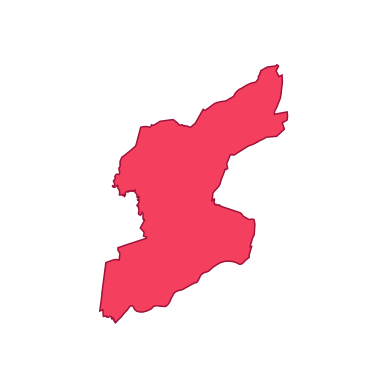 the district of Zaņas pag., Saldus, Latvia, rotated 293°
{"feature_id": "27541924B45294265092973", "entity_name": "Zaņas pag.", "entity_type": "district", "adm_level": 2, "iso_a3": "LVA", "parent_name": "Latvia", "parent_adm1": "Saldus", "projection": "natural_earth1", "projection_center": [22.206, 56.482], "detail": "fine", "context": "isolated", "style": "filled", "palette": "rose", "viewbox_px": 384, "rotation_deg": 293, "n_neighbors": 0, "source": "geoboundaries", "source_scale": "gbopen_adm2", "svg_char_len": 5872}
<svg xmlns="http://www.w3.org/2000/svg" viewBox="0 0 384 384"><g transform="rotate(293 192 192)"><path d="M231.6,119.5L214.2,122.0L212.1,122.1L208.1,120.1L207.9,120.0L203.7,117.9L203.5,117.7L200.4,116.2L198.2,114.9L196.8,113.9L193.0,113.8L192.6,114.0L192.4,113.8L191.9,113.9L191.2,114.2L190.9,114.3L191.0,114.5L190.8,114.6L190.5,114.5L189.7,114.7L189.3,115.0L189.2,115.2L188.9,115.4L188.6,115.3L188.4,115.6L188.2,115.6L187.9,115.8L187.4,115.8L185.9,115.4L185.3,115.4L185.0,115.6L184.8,115.8L184.1,116.0L181.9,117.8L180.1,118.1L179.8,118.1L179.6,117.9L179.3,116.7L179.2,116.2L179.0,115.7L178.3,115.2L177.2,115.1L176.8,115.0L176.5,115.0L176.1,114.9L175.8,115.2L175.5,115.5L174.4,116.1L174.0,116.1L173.1,115.9L172.0,115.5L171.8,115.3L171.6,115.3L171.1,115.8L170.2,116.5L169.8,117.1L169.0,118.0L167.7,117.8L166.9,117.4L166.8,117.0L166.8,116.4L166.5,116.4L166.3,116.5L166.1,117.0L165.8,117.3L165.7,117.6L165.7,118.1L166.1,119.0L166.6,119.4L168.9,120.6L169.0,120.8L168.6,121.2L166.7,122.2L166.2,123.0L164.8,124.7L163.8,125.4L162.4,125.9L161.1,126.2L160.9,126.4L160.9,126.6L161.0,126.8L161.5,127.3L161.4,127.6L161.9,128.0L161.9,128.4L162.2,128.9L161.8,129.6L162.6,129.9L162.8,130.1L163.0,130.9L163.0,131.0L162.7,131.1L161.7,131.1L161.4,131.5L161.8,131.7L163.3,131.9L163.8,131.8L164.3,131.2L164.8,131.0L165.6,131.1L166.5,131.4L166.8,131.8L166.8,132.5L167.8,132.6L167.9,132.9L167.3,133.4L167.3,133.5L167.6,133.7L168.1,133.6L168.5,133.7L168.6,133.9L168.4,134.4L168.4,134.6L168.7,134.9L169.5,135.3L169.8,135.6L169.7,135.8L169.1,136.2L169.1,136.4L169.1,136.5L169.5,136.9L169.8,137.3L169.7,137.6L169.9,138.0L170.1,138.2L170.4,138.3L171.5,138.6L171.7,138.9L171.4,139.1L169.9,139.4L169.4,139.8L169.1,140.5L168.2,142.3L168.0,142.5L167.0,142.8L166.8,143.3L166.6,143.5L166.4,143.5L166.1,143.3L165.8,143.3L165.7,143.4L166.0,143.9L166.8,144.3L167.0,144.6L166.5,145.0L166.7,145.3L166.6,145.5L166.1,145.5L165.6,145.3L164.7,145.5L164.4,145.3L164.4,144.9L164.1,144.7L163.6,144.9L163.2,145.2L163.2,145.8L163.7,146.2L163.8,146.4L163.3,146.7L161.1,147.2L159.9,147.0L158.3,146.5L158.0,146.6L157.9,146.8L157.9,147.0L158.4,147.5L158.5,147.7L158.4,147.8L158.2,147.8L157.7,147.4L157.3,147.9L157.4,148.3L156.9,148.8L153.6,150.7L152.1,150.8L150.8,151.4L150.4,153.5L152.2,154.2L153.8,154.1L152.4,155.9L150.1,156.4L148.8,157.5L148.2,157.3L147.5,158.1L148.0,158.8L147.4,159.3L138.6,158.5L136.2,163.7L132.5,164.6L132.4,164.9L132.6,166.6L132.9,167.6L131.6,168.1L125.5,161.1L122.1,157.3L119.4,154.1L114.8,148.9L114.6,148.8L113.1,147.2L111.9,145.6L109.9,146.3L107.0,149.8L101.0,151.5L100.2,148.4L99.6,147.4L98.2,145.5L93.4,140.3L63.7,148.6L63.8,148.8L46.4,153.6L48.8,155.9L42.8,159.0L44.2,161.4L43.5,162.7L44.0,163.9L45.5,164.9L45.4,166.7L45.3,166.8L45.1,166.8L44.7,166.9L44.7,167.0L44.3,167.3L44.8,167.4L44.8,167.5L45.0,167.9L44.9,168.1L45.2,168.3L44.7,168.5L44.9,168.6L44.8,168.8L45.1,168.8L44.9,169.1L44.7,169.1L44.5,169.3L44.5,169.5L43.9,169.7L44.0,169.9L43.7,170.2L43.7,170.3L43.4,170.3L42.9,170.5L42.9,170.8L43.1,171.0L42.9,171.5L42.2,171.7L42.3,172.1L41.9,172.2L41.7,172.7L43.4,173.2L49.4,175.7L50.7,176.0L53.2,176.7L58.5,178.6L62.0,179.3L62.9,179.9L63.5,180.7L63.9,182.1L63.2,183.2L61.8,184.6L61.4,185.3L61.2,185.7L60.7,187.8L61.0,189.9L61.6,192.2L62.6,194.0L64.6,196.6L66.5,198.5L68.7,200.2L71.4,201.2L72.1,201.7L73.3,203.6L73.9,204.8L74.1,206.3L75.7,211.1L76.2,212.1L77.0,213.0L79.2,213.8L81.6,214.4L83.9,214.5L86.2,214.3L88.1,214.7L89.4,214.8L90.7,214.8L91.7,215.0L93.6,215.8L96.4,218.6L98.1,221.1L105.4,226.7L109.1,229.7L110.6,231.8L112.9,232.3L118.7,232.5L121.0,233.6L122.6,234.8L124.3,236.9L125.5,238.1L126.9,238.8L130.9,240.6L132.7,241.9L134.8,243.2L138.5,246.2L141.3,249.8L142.8,253.2L143.7,256.0L144.3,259.3L144.2,262.0L144.0,263.5L144.3,264.7L145.5,266.0L146.9,266.8L148.2,267.2L151.9,268.9L153.7,269.9L154.1,270.2L155.7,269.5L155.8,269.4L157.0,269.1L165.2,268.2L164.4,266.8L169.2,266.2L169.2,266.3L169.5,266.2L173.6,265.7L176.2,266.0L177.3,265.8L179.1,265.2L186.1,262.8L187.4,262.2L189.8,260.6L190.6,260.2L190.8,259.6L190.8,258.7L190.3,257.5L189.2,255.6L189.0,255.0L189.0,254.5L189.7,248.8L190.3,247.5L191.4,245.8L191.6,245.1L191.7,243.6L191.3,239.0L190.1,224.1L190.4,223.8L190.3,222.5L190.7,222.4L190.5,221.1L189.2,219.5L190.1,218.8L189.5,217.6L190.7,216.6L193.3,215.8L194.3,215.3L194.3,215.1L193.6,214.6L191.9,213.8L197.9,212.1L199.2,211.5L207.3,214.3L210.7,214.7L211.0,214.5L214.3,214.1L223.5,213.8L223.8,213.9L225.7,213.4L226.1,214.8L227.7,215.6L231.6,212.9L240.9,212.7L241.3,213.3L242.0,214.0L241.9,214.7L242.5,216.3L243.5,217.1L244.7,217.8L256.0,225.6L258.2,227.8L258.7,228.3L258.8,228.5L259.8,229.6L261.6,231.1L263.1,232.1L263.0,232.4L265.4,234.0L267.9,236.3L271.8,239.4L273.2,242.3L275.7,247.0L276.4,248.2L286.0,252.5L289.0,249.8L290.4,248.6L291.0,248.1L295.4,251.4L299.0,250.4L302.9,248.3L295.8,237.5L297.1,236.9L298.3,236.6L299.6,236.6L302.9,236.9L312.2,236.7L313.3,236.6L318.0,235.4L322.1,234.1L328.0,232.5L334.8,229.2L332.2,226.8L334.2,224.7L336.2,222.2L336.4,222.1L341.7,222.5L341.8,222.4L342.3,220.4L340.9,219.8L340.7,219.7L336.4,212.4L330.7,208.0L329.1,208.2L328.5,208.0L327.6,208.3L326.3,208.3L325.0,208.0L324.4,207.9L323.1,208.5L321.9,208.8L318.4,207.8L318.1,207.7L315.2,203.8L312.0,200.8L306.9,197.1L304.9,195.4L302.7,194.2L299.3,193.1L296.5,193.0L294.0,191.3L292.8,190.3L289.4,187.9L288.0,185.9L286.7,183.6L284.9,181.3L284.2,180.0L283.3,179.3L282.4,178.3L274.8,173.8L272.9,172.6L272.1,171.5L272.5,170.0L262.3,168.8L260.1,168.6L256.0,168.0L255.8,167.8L250.6,165.1L250.8,163.1L250.9,162.5L250.9,162.3L250.0,159.5L250.2,159.4L249.5,158.3L250.1,157.1L249.8,156.2L249.4,155.7L248.6,154.5L250.3,150.4L251.3,146.4L249.8,143.7L244.6,135.0L242.1,133.3L241.4,132.7L239.3,131.3L238.3,130.4L238.0,129.8L237.9,129.6L238.2,128.7L235.5,128.1L235.0,127.7L234.7,125.5L234.1,123.5L232.9,121.4L232.4,120.8L231.8,119.7L231.6,119.5Z" fill="#f43f5e" stroke="#9f1239" stroke-width="1.5"/></g></svg>